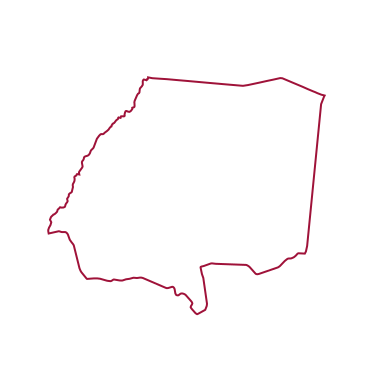 Boquerón, Albers equal-area conic projection, rotated 79°
{"feature_id": "PRY-598", "entity_name": "Boquerón", "entity_type": "Department", "adm_level": 1, "iso_a3": "PRY", "parent_name": "Paraguay", "parent_adm1": "", "projection": "albers", "projection_center": [-61.074, -21.97], "detail": "fine", "context": "isolated", "style": "outline", "palette": "rose", "viewbox_px": 384, "rotation_deg": 79, "n_neighbors": 0, "source": "natural_earth", "source_scale": "10m", "svg_char_len": 3771}
<svg xmlns="http://www.w3.org/2000/svg" viewBox="0 0 384 384"><g transform="rotate(79 192 192)"><path d="M98.3,234.7L97.9,234.6L97.8,234.0L97.8,233.2L97.7,232.8L97.5,232.4L97.0,232.1L96.2,231.9L93.6,231.5L93.0,231.5L91.6,230.9L86.6,227.5L85.3,226.3L84.8,225.1L84.2,224.6L81.3,223.7L80.4,223.3L78.6,221.0L77.4,219.9L75.6,219.5L74.8,219.4L73.8,219.2L73.0,218.7L72.4,218.0L72.6,217.3L73.0,216.6L73.3,215.8L72.8,214.8L73.3,214.8L73.0,214.2L72.4,213.7L71.8,213.3L71.1,213.2L72.7,209.3L74.7,201.8L76.5,194.9L79.6,184.2L82.1,175.4L85.4,164.0L87.8,155.7L90.4,146.6L92.9,137.9L95.2,129.8L97.5,121.7L97.7,116.6L97.5,105.2L97.3,97.7L97.2,90.8L97.0,83.7L97.6,81.6L100.3,77.6L101.9,75.2L103.4,73.0L106.6,68.2L109.8,63.4L113.1,58.7L116.3,53.9L117.5,52.0L118.8,50.2L120.0,48.3L121.2,46.4L122.1,44.4L122.6,43.4L123.6,44.2L130.4,48.5L267.0,89.3L272.1,91.5L274.0,93.0L272.5,99.0L272.5,99.4L272.6,99.9L272.8,100.3L274.3,102.3L275.2,103.9L275.6,104.9L276.0,106.8L276.1,107.5L276.0,108.1L275.7,110.2L275.8,110.8L276.0,111.4L277.4,114.1L281.3,119.6L281.7,120.3L282.4,122.0L285.2,142.0L285.2,142.8L285.2,143.5L285.0,144.0L284.9,144.4L284.7,144.7L284.5,145.0L284.1,145.3L276.7,149.7L275.6,150.6L274.6,151.7L274.1,152.4L273.8,153.2L267.0,182.5L266.0,185.6L265.8,186.6L265.8,187.4L266.9,194.6L267.0,196.9L267.2,197.7L267.8,198.0L274.5,197.9L278.5,197.3L304.6,198.6L306.7,199.3L310.2,201.5L312.7,209.2L312.9,210.3L312.6,210.7L311.6,211.7L307.0,214.4L305.3,215.2L304.9,215.3L304.4,215.1L303.8,214.8L303.3,214.3L302.6,213.7L302.1,213.3L301.3,212.9L300.3,213.1L299.3,213.5L291.8,217.9L290.9,218.8L290.3,219.7L289.9,220.5L289.7,221.0L289.6,221.8L289.6,222.4L289.8,223.0L290.7,224.8L290.8,225.3L290.7,225.9L290.2,227.0L289.4,227.4L288.3,227.7L284.1,227.6L283.0,227.8L281.9,228.4L281.4,229.0L281.3,229.9L281.7,233.5L281.7,233.8L281.6,235.0L281.1,236.0L267.0,256.7L266.3,258.3L266.1,259.5L266.0,261.5L265.9,262.6L265.2,265.0L265.0,265.9L265.3,269.9L265.1,273.4L265.6,277.1L265.4,278.4L265.0,280.0L263.0,285.3L263.0,285.9L263.2,286.4L263.8,287.8L264.0,288.7L263.7,290.0L262.9,292.3L259.6,298.8L258.7,301.6L258.1,304.7L257.3,311.6L256.7,312.1L249.6,315.9L247.9,316.5L245.4,317.0L222.2,318.2L221.2,318.4L220.3,318.8L218.0,320.0L215.5,321.1L210.3,321.9L209.3,322.2L208.1,322.9L207.5,323.5L207.1,324.2L206.6,327.0L206.3,327.9L205.4,329.5L205.2,330.0L205.1,330.5L205.4,340.6L203.4,340.6L201.9,340.4L199.8,339.2L197.4,337.2L194.8,335.9L192.1,336.7L189.8,335.3L189.2,334.6L188.1,332.8L187.7,332.4L187.6,331.3L186.7,329.7L185.6,328.2L183.7,327.2L182.4,325.1L181.8,324.4L182.4,323.1L182.7,321.3L182.4,319.8L181.5,319.1L180.3,318.6L179.2,317.7L178.3,316.6L177.4,315.9L176.9,315.8L175.4,315.9L174.9,315.9L174.3,315.4L172.9,314.0L172.3,313.7L170.8,313.3L170.0,312.2L169.6,311.0L169.0,310.0L164.4,307.9L162.7,307.8L161.7,307.5L161.0,307.0L160.2,306.3L159.1,305.5L157.9,305.0L156.6,304.7L155.1,304.7L154.4,304.3L153.7,302.4L152.6,301.7L152.6,300.9L153.0,300.0L153.3,299.3L152.0,299.3L151.2,299.2L150.5,298.8L146.9,295.0L145.9,294.5L142.5,294.5L141.5,294.3L140.9,293.9L139.8,292.6L138.8,291.9L137.7,291.5L136.9,290.8L136.6,289.4L136.5,288.0L136.3,287.1L135.9,286.3L135.1,285.4L134.3,284.7L132.7,283.8L131.8,283.1L130.2,280.7L129.6,280.1L121.6,275.2L119.0,272.4L118.0,270.9L118.0,270.6L117.8,270.2L118.2,268.4L118.0,267.6L117.2,266.5L115.8,263.6L114.8,262.0L113.2,260.4L112.6,259.5L112.3,258.6L111.9,258.6L111.2,258.1L110.6,257.5L110.5,257.2L110.0,257.0L109.7,256.4L109.5,255.7L109.3,255.1L107.3,252.9L106.8,252.1L106.5,251.2L106.0,250.6L105.1,250.3L104.8,249.9L105.6,248.0L104.2,247.2L104.3,246.2L104.8,244.4L104.4,243.6L104.1,243.5L103.7,243.6L102.8,243.3L101.0,242.5L100.0,241.7L100.0,240.8L101.0,239.3L101.4,238.0L100.8,236.6L99.2,234.8L98.8,234.7L98.3,234.7Z" fill="none" stroke="#9f1239" stroke-width="2"/></g></svg>